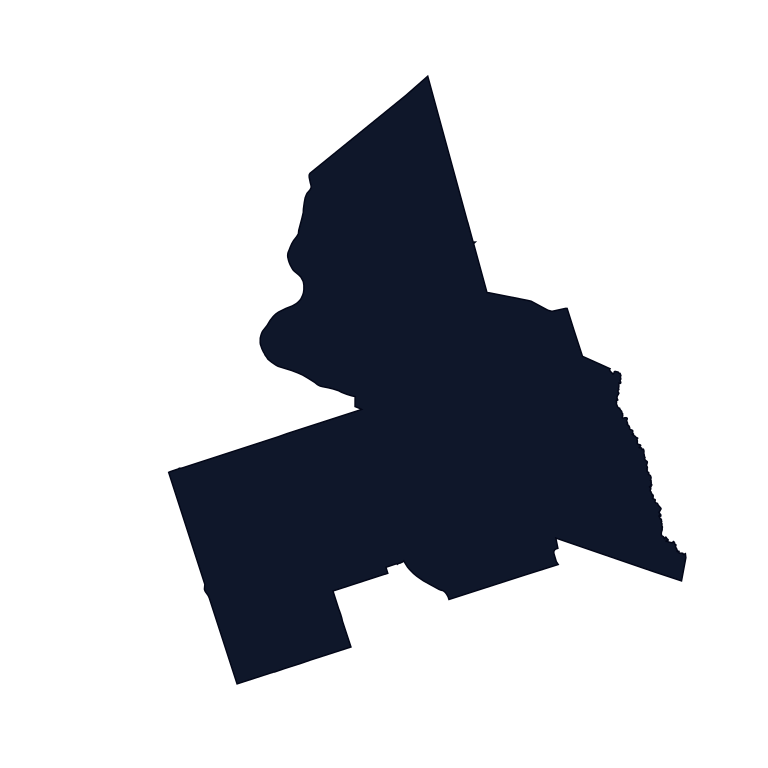 outline of Murray Bridge, South Australia, Australia, rotated 162°
{"feature_id": "25037944B7394804053319", "entity_name": "Murray Bridge", "entity_type": "district", "adm_level": 2, "iso_a3": "AUS", "parent_name": "Australia", "parent_adm1": "South Australia", "projection": "equal_earth", "projection_center": [139.209, -35.2], "detail": "fine", "context": "isolated", "style": "filled", "palette": "ink", "viewbox_px": 768, "rotation_deg": 162, "n_neighbors": 0, "source": "geoboundaries", "source_scale": "gbopen_adm2", "svg_char_len": 6111}
<svg xmlns="http://www.w3.org/2000/svg" viewBox="0 0 768 768"><g transform="rotate(162 384 384)"><path d="M247.3,663.2L274.3,651.6L389.2,607.3L390.3,606.3L390.8,605.3L391.3,603.5L391.9,598.1L392.0,595.8L392.2,594.5L392.4,593.8L393.0,592.8L394.5,591.4L398.2,589.2L399.6,587.7L401.4,585.5L403.7,581.3L406.5,575.5L407.2,573.7L407.7,572.2L410.9,566.9L417.6,556.5L419.0,553.3L421.6,551.1L425.6,548.4L428.4,545.9L430.9,543.1L433.0,540.5L434.5,538.8L435.2,537.6L435.9,536.0L436.3,534.5L436.6,531.0L436.6,528.8L436.4,526.3L435.7,522.5L435.2,520.5L434.3,518.7L431.4,514.2L430.0,511.4L429.2,507.1L429.2,505.7L429.7,502.6L431.0,498.6L432.4,495.7L433.8,493.7L436.6,490.7L438.3,489.5L441.1,488.1L442.8,487.5L447.0,486.6L454.0,486.2L462.1,485.0L465.3,484.0L467.2,483.1L468.7,482.3L472.6,479.7L477.1,475.8L482.9,471.9L483.8,471.1L485.0,469.7L486.0,468.3L487.5,465.9L489.0,461.5L489.3,459.9L489.2,455.2L489.0,453.6L488.8,451.9L488.4,450.4L488.1,448.0L487.3,445.8L486.8,443.7L486.5,443.1L484.1,439.4L481.0,435.4L479.9,434.2L479.2,433.5L467.7,425.4L462.4,421.1L458.6,417.7L454.2,412.7L449.3,406.8L447.6,404.1L446.6,403.0L445.5,401.9L443.5,400.6L438.1,397.6L433.9,395.0L429.2,391.6L427.0,389.3L422.6,385.7L418.6,382.9L415.3,380.9L416.1,378.8L418.5,371.5L414.2,367.9L413.1,366.7L491.6,366.8L500.7,366.5L602.9,366.5L603.0,366.7L604.0,366.8L604.7,367.2L605.7,366.8L614.4,366.7L616.1,366.5L616.3,248.8L618.2,244.4L618.2,243.0L618.1,241.9L616.6,237.1L616.3,234.6L616.4,144.2L582.0,144.2L579.3,144.1L577.5,144.2L577.2,143.9L576.7,143.9L566.8,144.1L547.6,144.0L539.6,144.2L496.7,144.1L496.8,171.3L496.5,174.4L496.4,178.3L496.5,182.5L496.6,184.0L496.5,202.9L442.3,202.9L441.8,202.8L438.9,202.8L438.8,209.1L427.4,209.2L427.1,208.4L426.2,208.7L424.1,208.9L424.0,208.7L421.5,209.0L420.6,209.2L419.8,209.7L419.4,207.5L418.2,202.7L417.0,199.7L414.5,194.7L412.3,191.2L410.9,189.3L407.3,184.6L401.7,178.6L395.1,171.6L393.5,170.3L391.7,169.2L391.2,168.6L390.1,166.8L389.4,164.7L388.8,161.9L388.8,159.0L309.6,158.8L274.1,158.5L275.0,161.8L274.8,170.2L274.4,172.1L272.7,173.7L271.5,174.0L269.4,174.0L268.2,184.4L184.5,121.4L161.9,104.8L150.6,125.5L149.8,129.5L151.9,129.3L152.0,129.6L152.0,130.3L152.2,130.7L153.6,131.3L155.0,131.6L155.5,132.0L155.6,132.4L155.2,133.2L155.2,133.8L155.7,134.0L156.7,133.8L156.9,134.0L156.9,134.3L156.5,134.9L156.4,135.4L156.9,135.9L157.0,136.3L156.6,136.9L156.6,137.1L156.7,137.7L157.2,138.2L157.1,139.0L156.3,140.2L156.1,140.9L156.2,141.0L156.6,140.9L157.0,141.7L156.7,142.9L157.0,143.5L157.1,143.9L157.0,144.2L157.2,144.6L157.5,144.8L157.7,144.7L158.3,143.9L159.9,144.4L162.6,146.1L162.7,146.6L163.1,146.8L164.2,147.1L164.3,147.4L163.9,147.5L162.0,147.7L161.9,147.8L161.9,148.1L162.5,149.1L162.8,149.8L163.1,151.0L163.3,151.3L164.0,151.0L164.7,150.4L165.1,150.3L165.3,150.8L165.3,152.0L165.4,152.3L166.5,153.6L166.8,154.2L166.7,155.2L166.3,156.7L165.5,158.0L164.7,159.0L164.2,160.1L164.0,161.0L163.4,161.9L163.5,163.7L162.8,165.1L163.1,166.6L163.0,166.8L162.4,167.3L162.5,168.2L162.1,168.9L162.4,170.3L163.1,170.6L163.1,172.2L163.3,173.4L162.6,174.1L162.0,174.0L162.0,173.2L161.7,172.8L161.4,173.2L161.2,174.3L161.6,175.0L161.9,176.4L162.2,176.7L161.9,177.3L160.7,178.1L160.0,178.9L159.3,179.4L159.0,180.1L159.3,180.9L160.7,184.1L160.7,185.1L161.0,186.0L161.2,186.3L162.2,186.8L162.7,188.1L162.5,188.8L161.9,189.8L161.9,190.3L162.7,190.9L163.0,191.4L163.7,191.7L164.0,192.1L163.9,192.6L163.1,193.0L162.8,193.5L162.8,193.9L163.4,194.5L163.1,194.8L162.5,194.8L162.4,195.0L162.5,195.3L163.3,196.1L163.2,197.0L163.5,198.1L163.4,199.0L163.8,200.0L163.6,200.8L163.4,201.2L162.8,201.6L162.6,201.9L162.7,202.7L162.9,203.2L163.2,203.5L163.2,204.2L162.8,204.3L161.9,203.7L161.7,203.8L161.6,204.3L161.8,204.8L161.7,205.1L160.5,205.2L160.5,205.9L160.8,206.4L160.8,206.7L160.3,207.6L160.4,208.0L160.3,208.6L159.9,209.0L159.8,209.3L160.3,209.9L160.3,210.2L159.6,211.0L158.9,212.6L158.9,214.1L159.1,214.8L160.0,215.9L160.4,216.2L160.4,216.5L159.8,217.1L159.6,217.6L159.7,218.1L160.6,219.1L160.7,219.8L160.6,220.3L160.1,220.9L160.1,221.2L160.5,221.8L160.5,222.1L160.4,222.3L159.8,222.4L159.5,222.6L159.3,223.2L159.3,224.2L159.5,225.4L159.4,225.9L159.3,226.1L158.7,226.6L157.7,228.3L157.7,229.0L158.3,229.7L159.1,231.2L159.5,232.2L159.4,232.6L158.8,232.9L158.5,233.3L158.7,234.7L158.4,236.2L158.4,237.2L158.1,238.4L157.7,239.2L157.4,240.4L157.4,241.5L157.5,241.9L158.1,242.0L158.6,241.8L158.9,241.9L159.0,242.4L158.8,243.3L158.9,243.6L159.6,244.1L160.9,244.5L160.9,244.9L159.7,245.5L159.0,245.9L158.9,246.2L158.9,246.5L159.3,247.1L160.8,248.0L161.5,249.1L161.5,249.5L161.0,250.4L160.6,251.7L160.5,253.1L160.2,253.6L159.6,253.9L159.5,254.1L159.7,254.4L160.9,255.5L161.5,256.9L162.5,257.9L163.1,258.9L162.7,258.8L162.3,258.9L162.2,259.4L162.8,260.4L161.9,262.5L162.0,263.1L164.3,265.1L164.4,265.4L163.9,266.3L163.9,267.8L164.0,268.4L164.6,269.7L165.3,270.3L165.2,270.6L164.5,271.3L164.6,273.9L164.4,274.6L163.8,275.1L163.4,275.8L163.3,276.1L163.4,276.5L164.2,277.2L166.1,277.6L167.2,277.6L167.8,278.0L167.8,278.4L167.8,278.6L166.7,280.0L166.7,280.9L166.3,281.6L166.2,282.0L166.6,283.0L166.6,283.9L166.4,284.5L167.1,286.1L167.4,287.3L167.4,288.2L168.3,288.7L168.7,289.5L168.9,290.1L169.1,293.1L168.9,293.9L168.3,295.1L168.4,296.0L168.2,296.5L167.7,296.8L166.8,296.4L166.6,296.6L166.6,297.0L166.9,298.1L166.7,298.3L166.6,299.0L166.4,299.7L165.2,301.2L164.5,301.5L164.2,301.9L163.5,302.6L163.6,303.8L163.8,304.5L163.8,305.3L163.4,305.6L162.4,306.1L162.3,306.4L162.4,307.2L161.5,308.8L160.6,311.6L160.2,312.3L159.2,311.6L158.8,311.7L158.5,311.9L158.3,312.6L158.4,314.3L158.3,314.6L157.2,315.6L157.0,317.5L156.8,318.1L156.2,318.6L156.1,318.8L156.2,321.1L157.0,321.4L157.2,321.7L157.4,322.7L157.8,323.1L160.3,324.6L160.8,324.6L161.2,324.5L161.8,323.5L162.7,322.8L163.1,322.7L163.3,323.0L163.6,323.8L164.3,325.0L165.0,326.7L165.1,327.6L164.9,328.2L164.3,328.7L168.8,332.7L168.7,332.7L186.7,349.0L186.7,376.4L186.5,399.3L187.8,399.8L201.8,401.2L205.3,403.5L218.5,417.3L221.5,419.1L255.7,438.2L257.8,439.1L255.4,489.8L253.4,490.8L255.4,491.4L254.4,511.9L254.5,512.0L247.3,663.2Z" fill="#0f172a" stroke="#020617" stroke-width="1.5"/></g></svg>